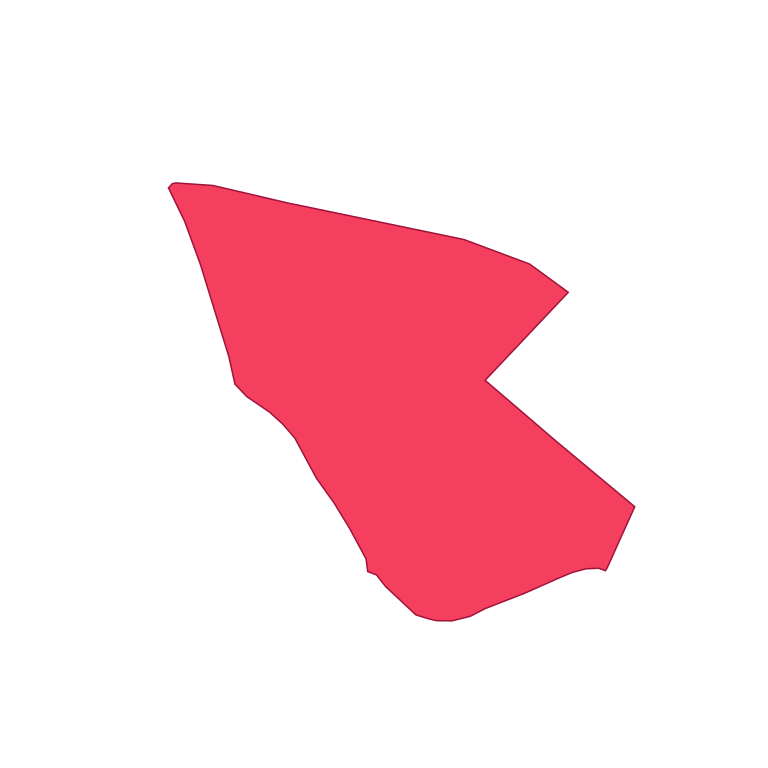 outline of Patterson'S Gap, Castries, Saint Lucia, rotated 32°
{"feature_id": "8701671B23690641916416", "entity_name": "Patterson'S Gap", "entity_type": "district", "adm_level": 2, "iso_a3": "LCA", "parent_name": "Saint Lucia", "parent_adm1": "Castries", "projection": "natural_earth1", "projection_center": [-60.985, 14.007], "detail": "fine", "context": "isolated", "style": "filled", "palette": "rose", "viewbox_px": 768, "rotation_deg": 32, "n_neighbors": 0, "source": "geoboundaries", "source_scale": "gbopen_adm2", "svg_char_len": 660}
<svg xmlns="http://www.w3.org/2000/svg" viewBox="0 0 768 768"><g transform="rotate(32 384 384)"><path d="M237.8,442.9L257.7,463.1L274.3,467.4L302.0,468.5L319.5,471.7L337.0,477.1L376.6,499.7L405.2,511.6L431.0,524.5L461.4,541.8L469.6,551.7L478.8,549.9L492.6,554.9L533.4,562.9L545.9,559.6L553.9,556.9L567.1,548.9L580.2,535.4L588.7,521.0L597.0,509.9L614.3,486.7L635.1,455.9L643.5,444.1L653.2,433.7L663.7,426.5L670.7,425.0L670.7,421.6L661.7,355.2L560.3,341.3L467.8,327.3L491.7,208.6L444.0,205.1L375.3,219.1L205.3,281.9L133.7,306.3L100.9,323.8L98.3,326.3L97.3,331.9L128.9,351.8L165.3,380.2L237.8,442.9Z" fill="#f43f5e" stroke="#9f1239" stroke-width="1.5"/></g></svg>